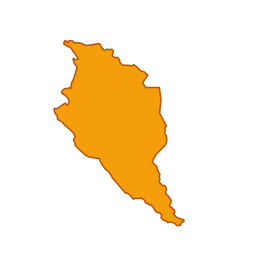 Andorinha, Bahia, Brazil, rotated 137°
{"feature_id": "56859067B23692820001253", "entity_name": "Andorinha", "entity_type": "district", "adm_level": 2, "iso_a3": "BRA", "parent_name": "Brazil", "parent_adm1": "Bahia", "projection": "natural_earth1", "projection_center": [-39.857, -10.251], "detail": "fine", "context": "isolated", "style": "filled", "palette": "amber", "viewbox_px": 256, "rotation_deg": 137, "n_neighbors": 0, "source": "geoboundaries", "source_scale": "gbopen_adm2", "svg_char_len": 4380}
<svg xmlns="http://www.w3.org/2000/svg" viewBox="0 0 256 256"><g transform="rotate(137 128 128)"><path d="M163.4,31.6L161.7,31.0L160.8,30.0L160.1,28.9L159.6,27.9L159.0,26.4L158.9,25.4L158.9,24.4L158.6,23.3L158.1,22.3L157.0,22.1L156.1,21.2L155.0,21.4L154.2,22.1L152.8,22.5L151.4,21.4L150.3,22.0L149.9,22.9L150.4,23.9L151.1,24.8L151.5,25.6L151.9,26.5L152.5,27.3L152.9,28.5L153.3,29.8L153.4,31.2L153.4,32.9L153.4,34.5L152.2,34.1L151.3,34.6L150.3,35.6L150.0,36.6L150.2,37.9L150.1,39.1L150.4,40.7L151.1,42.2L150.4,42.9L149.8,43.6L148.8,43.7L147.6,44.1L146.8,44.5L145.8,45.6L145.6,46.8L145.5,48.6L145.0,50.3L145.1,52.2L145.1,54.2L144.4,55.2L143.3,55.9L142.1,56.7L141.1,57.9L140.7,59.2L140.4,60.3L140.9,61.7L142.0,62.0L142.1,63.0L142.0,64.6L142.0,66.2L141.8,67.5L140.9,68.0L139.7,68.5L139.0,70.1L138.1,71.2L137.0,72.0L136.1,72.4L135.9,73.9L135.6,75.3L135.2,76.7L133.1,80.7L133.3,82.4L133.5,83.8L133.5,84.8L133.3,85.9L133.1,87.0L127.7,88.8L123.7,89.8L122.7,89.5L121.3,89.6L119.2,89.9L118.2,89.8L117.1,89.7L116.1,90.0L114.9,90.0L114.0,89.9L112.7,90.2L111.3,90.7L110.0,91.2L108.6,92.0L107.5,93.1L106.8,94.1L105.9,95.1L105.1,96.3L105.1,97.7L104.9,99.1L104.1,99.8L103.1,100.4L102.1,101.2L101.6,102.1L101.0,102.8L99.7,103.0L98.6,103.2L94.7,117.4L87.4,123.7L84.3,126.4L77.5,136.2L87.6,145.7L86.3,151.1L77.4,153.2L77.6,154.4L77.8,155.5L77.7,156.9L77.9,158.1L78.7,159.5L79.5,160.4L79.7,161.4L79.8,162.5L79.7,163.5L80.0,164.6L79.9,166.1L80.0,167.5L80.4,168.6L80.3,170.0L81.8,170.7L83.3,171.1L83.9,172.4L84.7,173.2L85.8,174.4L86.6,175.3L87.6,176.1L88.5,177.1L89.0,178.1L89.3,179.7L89.3,180.9L88.6,182.4L87.8,183.5L87.5,184.8L87.5,186.7L88.7,187.8L89.4,188.5L89.9,189.5L90.1,190.8L89.9,192.1L88.3,192.8L86.9,193.8L86.1,194.9L86.2,196.2L86.7,197.2L87.8,197.3L88.4,198.5L89.3,199.5L90.0,200.2L91.3,200.3L92.4,200.6L92.7,201.7L92.2,202.6L92.6,203.8L92.2,204.8L92.1,206.4L91.3,207.7L91.5,209.5L92.6,210.2L93.4,210.7L94.0,211.4L95.1,211.7L96.6,212.4L97.3,213.5L98.4,213.9L99.4,214.7L100.2,215.4L101.2,216.0L102.3,217.0L102.9,218.2L103.6,219.0L103.7,220.1L104.1,221.4L105.1,222.6L105.9,223.9L107.0,224.7L107.6,225.7L108.5,226.1L109.2,227.4L109.3,228.7L109.3,229.9L110.2,230.9L111.3,231.7L112.4,232.2L113.0,231.4L114.0,231.5L114.0,232.6L113.9,233.9L114.4,234.8L115.6,234.8L116.5,233.9L117.5,233.6L117.5,232.3L117.1,231.1L116.6,230.0L116.7,228.4L115.5,227.6L115.2,226.2L115.4,224.4L115.6,222.8L116.0,221.7L115.8,220.5L116.1,219.0L116.1,217.8L116.6,216.5L116.8,215.3L116.7,214.2L117.1,212.6L118.4,212.8L119.4,213.5L120.2,214.8L120.4,216.1L121.3,215.8L122.0,214.3L122.9,212.4L123.4,211.2L123.2,208.9L124.0,207.4L124.9,206.1L126.1,205.8L133.7,201.2L137.7,199.7L139.2,199.1L142.7,195.9L143.0,196.9L143.6,197.6L144.5,197.6L145.4,198.3L146.5,199.2L147.6,200.0L149.1,200.1L150.4,200.1L151.6,199.7L152.5,199.3L152.6,197.6L152.0,196.3L151.7,195.3L151.7,194.2L151.8,192.9L151.6,191.7L151.8,190.5L152.1,189.2L152.5,188.2L153.2,187.2L155.1,186.7L155.9,186.0L156.9,186.1L157.0,188.1L157.1,189.1L166.6,190.6L167.8,191.0L168.1,192.4L169.5,192.0L170.4,190.2L171.2,188.7L171.4,186.8L171.2,185.6L171.7,184.6L172.5,184.1L173.4,182.7L173.2,181.0L172.8,179.4L172.3,178.4L172.1,177.3L172.0,176.1L172.4,174.5L172.1,172.9L171.9,171.3L172.0,170.1L172.0,168.8L171.6,167.5L171.2,166.7L171.5,165.5L171.4,163.7L171.2,162.2L171.6,161.2L171.7,160.1L172.0,159.0L172.5,157.7L173.9,157.3L175.5,156.9L176.2,155.8L176.6,154.5L177.0,153.0L177.7,152.1L178.6,151.4L178.3,149.9L178.6,148.4L177.6,136.8L177.3,135.9L176.8,135.0L176.6,133.8L169.8,125.0L170.4,124.0L171.0,122.4L171.6,121.0L171.8,119.6L172.0,118.6L172.1,117.4L172.3,116.0L172.4,114.7L172.6,113.7L172.6,112.7L172.3,111.4L172.1,110.1L172.2,108.6L172.4,107.1L172.6,105.9L172.7,104.9L173.1,103.8L173.4,102.1L173.5,100.8L173.5,99.7L173.5,98.6L173.5,97.3L173.7,95.9L173.8,94.3L173.9,92.2L174.0,91.0L173.9,89.9L174.0,88.8L174.0,87.3L174.1,85.9L174.1,84.8L174.2,83.3L174.1,81.7L173.1,81.0L172.7,79.4L172.5,78.2L172.4,76.5L172.3,75.1L172.6,73.5L172.5,72.1L171.5,72.0L170.6,71.6L170.0,70.9L169.2,70.1L168.4,69.5L167.6,68.6L166.7,68.0L165.9,67.2L165.2,64.1L165.6,62.8L166.1,61.5L165.5,60.1L165.0,58.9L164.8,57.9L164.5,56.8L163.7,55.8L163.6,54.4L163.6,52.6L164.3,50.9L164.4,49.6L164.5,48.2L164.4,47.0L163.8,45.6L163.0,44.6L162.6,43.0L162.8,41.3L164.1,40.6L165.1,39.5L165.1,38.1L165.0,36.6L164.6,35.5L163.7,34.2L163.3,32.8L163.4,31.6Z" fill="#f59e0b" stroke="#b45309" stroke-width="1.5"/></g></svg>